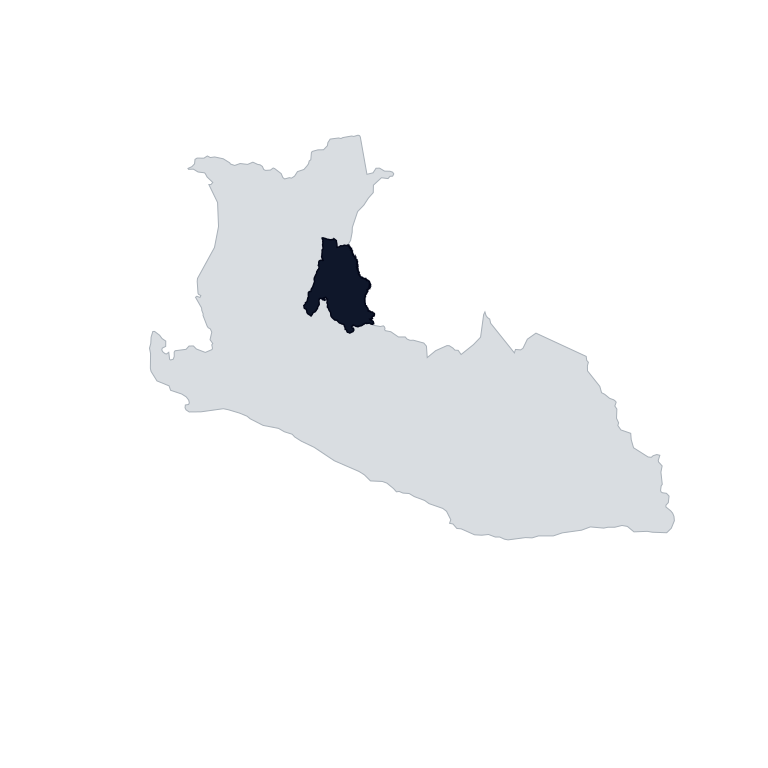 Requena, Loreto, Peru (highlighted), rotated 321°
{"feature_id": "86281439B4409689759703", "entity_name": "Requena", "entity_type": "district", "adm_level": 2, "iso_a3": "PER", "parent_name": "Peru", "parent_adm1": "Loreto", "projection": "natural_earth1", "projection_center": [-73.578, -5.99], "detail": "fine", "context": "in_parent", "style": "filled", "palette": "ink", "viewbox_px": 768, "rotation_deg": 321, "n_neighbors": 0, "source": "geoboundaries", "source_scale": "gbopen_adm2", "svg_char_len": 9643}
<svg xmlns="http://www.w3.org/2000/svg" viewBox="0 0 768 768"><g transform="rotate(321 384 384)"><path d="M524.0,224.8L523.8,226.9L521.5,227.9L519.4,226.4L516.4,226.9L511.8,222.1L500.9,222.8L496.1,228.5L488.9,229.7L480.9,232.3L472.0,233.4L457.9,242.4L454.7,246.1L448.4,251.4L443.2,253.2L440.6,269.6L435.5,279.2L433.5,284.5L436.3,292.4L436.2,296.2L433.4,299.4L431.0,299.7L426.2,303.1L419.1,310.3L417.8,315.9L420.1,323.3L419.3,324.1L413.4,325.5L413.5,329.6L412.3,331.2L417.3,337.0L420.1,338.4L420.3,339.9L419.8,341.4L418.7,342.1L418.6,343.4L422.2,347.7L424.8,356.5L430.1,360.8L430.2,363.6L431.7,366.4L434.4,368.5L440.7,377.2L440.8,381.3L434.2,390.7L445.1,390.6L457.1,393.8L458.8,395.3L460.2,399.5L460.4,402.3L462.8,404.5L462.5,409.6L478.3,409.7L488.5,408.4L505.1,392.8L507.8,391.5L506.4,394.9L506.2,397.4L507.0,400.1L505.1,403.9L504.9,441.9L507.9,439.9L511.7,443.5L514.5,443.7L523.6,439.4L534.1,440.1L558.5,489.8L556.4,493.2L556.5,495.7L553.5,497.9L550.4,501.9L550.2,521.7L547.6,527.7L549.0,530.8L550.3,537.1L552.6,540.9L553.1,543.3L552.9,544.3L549.5,546.4L549.2,550.0L543.1,557.0L541.9,561.8L539.6,563.4L539.2,568.8L544.7,577.6L541.1,582.8L537.8,590.6L543.3,606.9L545.6,609.2L548.0,609.1L551.6,610.5L553.5,613.0L549.0,616.0L548.3,617.4L548.6,622.7L543.7,626.8L537.1,637.1L535.3,637.6L532.0,640.7L531.4,642.2L531.9,643.7L534.7,646.7L535.0,650.5L530.3,655.1L526.9,655.6L525.7,656.9L527.0,663.2L527.0,666.1L526.0,669.4L523.6,673.0L516.5,676.9L510.1,677.5L499.3,668.1L495.9,664.2L485.2,656.2L483.5,647.8L479.9,643.7L473.3,640.6L468.0,636.3L464.1,634.3L454.4,624.9L445.5,621.9L428.9,611.9L420.0,608.6L408.5,599.3L402.3,596.8L397.3,592.4L382.3,583.2L379.9,580.3L377.6,575.7L374.2,573.0L370.5,566.7L364.9,563.1L359.5,558.2L352.8,545.1L349.7,542.1L349.5,536.2L347.3,533.5L350.5,531.5L352.5,522.3L351.4,517.7L343.7,505.3L342.3,500.1L336.7,490.6L334.6,484.9L330.1,480.7L328.2,477.1L325.8,475.6L325.6,471.2L323.9,462.9L321.4,458.7L312.5,450.8L311.6,442.3L309.6,436.4L297.1,412.4L289.9,389.3L283.8,376.5L281.3,369.1L281.0,365.2L276.5,358.4L274.1,352.1L264.0,340.1L258.1,326.8L257.3,322.8L253.3,315.5L246.8,306.0L243.6,302.1L224.2,290.4L215.0,283.1L213.9,279.5L214.4,277.3L216.4,275.3L219.2,276.9L220.8,276.2L222.1,273.6L222.2,269.6L220.5,264.5L214.2,254.6L215.8,250.2L209.5,238.7L210.9,227.6L212.3,224.8L221.7,213.5L224.3,208.6L228.3,205.7L232.4,201.1L237.4,197.7L238.8,198.8L240.3,204.9L240.1,208.9L241.4,213.3L238.0,217.4L234.3,216.6L232.8,217.6L232.3,219.5L232.9,222.6L233.9,223.8L236.7,223.9L232.9,229.9L233.2,231.0L235.8,232.1L238.3,230.6L241.0,227.2L242.6,226.7L252.0,232.5L256.4,231.8L259.8,234.5L260.2,238.7L265.0,247.0L272.0,249.0L273.2,248.3L274.8,245.2L276.4,244.8L276.7,240.1L282.8,235.3L283.7,231.9L282.8,229.6L283.0,227.7L286.5,216.8L287.6,215.7L288.7,212.2L290.1,210.1L292.1,198.0L293.8,198.0L295.4,200.9L297.3,200.1L296.3,197.4L296.6,196.4L303.4,186.7L305.5,184.6L338.2,171.2L354.5,157.5L368.9,138.2L373.4,118.8L375.0,120.1L377.8,119.6L376.8,111.8L377.5,108.1L377.4,106.9L372.9,102.2L371.1,97.1L367.2,94.2L367.3,93.1L371.5,94.2L375.3,93.7L378.5,90.5L380.9,90.8L386.2,95.2L390.2,95.6L391.5,98.7L395.3,101.0L400.8,107.8L403.3,115.0L403.1,116.4L405.5,120.2L410.9,122.1L416.2,127.5L421.7,129.1L424.1,134.0L425.6,135.6L426.4,138.4L425.5,141.6L426.3,143.4L430.4,146.3L433.8,146.4L434.6,147.8L436.5,155.8L435.3,159.9L435.8,162.1L440.3,164.1L441.7,165.8L445.3,166.2L450.4,164.5L456.8,166.9L461.7,166.0L463.9,165.4L466.2,163.6L468.2,163.7L473.2,158.5L474.6,158.1L479.9,160.4L484.4,163.9L490.0,163.2L492.3,161.1L496.3,159.8L503.5,164.2L505.1,166.2L507.1,166.6L514.9,170.9L516.3,172.6L520.4,174.3L521.3,175.7L521.0,177.2L502.7,210.3L508.4,213.0L513.6,211.3L516.4,213.5L518.4,218.9L522.5,222.4L524.0,224.8Z" fill="#d9dde1" stroke="#a8b0b8" stroke-width="1"/><path d="M369.0,281.5L370.0,284.4L370.1,285.2L371.8,284.8L373.9,283.9L375.9,284.5L377.7,284.1L378.4,283.6L379.6,283.6L380.9,282.4L383.6,281.5L384.7,280.0L385.8,278.2L387.5,277.1L387.9,277.1L389.0,277.8L389.3,278.8L390.0,278.9L390.0,279.3L389.5,280.0L390.1,280.5L390.3,281.3L390.6,281.7L391.1,281.7L391.4,281.2L390.7,279.8L390.9,279.0L391.3,279.0L392.2,279.6L393.2,279.8L393.3,280.7L393.0,281.9L393.3,282.4L392.8,282.4L392.5,283.0L392.2,283.9L391.0,284.7L390.6,285.4L390.5,286.5L388.4,288.6L388.5,290.1L387.7,292.2L387.6,294.3L387.2,295.3L385.8,297.4L385.5,298.2L385.5,299.9L386.0,303.3L387.5,304.8L387.7,308.0L387.8,308.6L388.5,309.5L389.0,310.8L389.8,311.7L390.3,312.7L389.5,314.5L389.3,315.7L388.2,317.2L388.8,317.8L388.9,318.4L388.6,319.3L388.2,320.0L388.2,320.8L388.4,321.0L389.2,322.1L389.4,322.8L390.3,323.1L391.9,323.3L392.5,323.7L392.9,323.7L394.5,323.1L395.1,322.0L395.2,321.3L394.5,321.1L394.7,319.3L395.2,318.9L395.9,319.1L397.2,318.7L397.5,319.1L397.5,319.8L398.2,320.3L398.3,321.1L398.6,321.8L399.4,322.2L399.6,322.9L399.9,322.9L400.1,323.2L400.5,323.0L401.0,323.5L402.2,323.5L402.4,324.2L403.3,324.5L404.6,324.7L405.3,324.4L405.9,324.9L407.4,324.9L408.5,325.5L408.5,326.0L411.3,327.7L411.4,328.8L411.9,329.1L412.1,329.9L412.9,330.5L413.7,330.3L414.0,330.5L414.3,329.7L414.6,329.5L414.5,328.8L414.9,328.6L414.9,328.4L414.5,327.1L414.6,326.8L414.1,326.4L413.6,325.2L413.7,324.8L414.2,325.5L414.6,325.0L415.0,325.3L415.1,325.7L415.5,325.5L416.2,325.8L416.4,324.7L417.1,324.6L417.3,324.2L418.2,324.5L418.4,324.2L419.0,324.2L419.2,324.3L419.2,324.7L420.0,324.3L420.8,323.3L420.8,322.8L420.2,322.1L420.4,321.3L420.1,321.0L420.2,320.7L419.7,320.3L419.5,320.1L419.2,320.0L419.3,319.8L419.1,319.6L419.1,318.9L418.8,318.8L418.8,318.3L418.2,318.0L418.4,317.6L418.1,317.5L418.1,317.2L417.9,317.1L418.4,316.7L418.3,316.3L419.0,315.2L419.1,314.8L418.9,314.4L419.1,313.8L418.9,313.6L419.1,313.3L419.0,312.7L419.5,312.2L419.0,311.4L419.4,310.4L420.1,309.7L420.4,308.2L420.8,308.2L421.2,307.4L421.6,307.1L422.0,306.3L422.2,306.2L422.4,305.5L422.8,305.4L422.8,305.2L423.8,304.5L424.5,304.5L425.2,303.2L426.2,302.8L426.6,302.9L427.0,302.6L427.2,302.8L427.9,302.2L428.3,302.3L428.6,301.9L429.2,301.9L429.3,301.7L429.5,301.7L429.4,301.3L429.7,300.8L429.8,301.0L430.3,300.3L430.5,300.5L430.4,300.3L430.5,300.3L430.8,300.3L430.9,300.6L431.3,300.3L431.8,300.5L431.9,300.2L432.4,300.1L432.6,300.3L432.6,300.2L433.1,299.9L433.4,300.3L433.3,300.0L433.7,300.2L433.7,299.7L433.9,299.4L434.3,299.8L434.6,299.4L434.4,299.0L434.7,299.1L434.5,298.8L434.7,298.7L434.7,298.9L435.0,298.8L434.8,298.6L435.2,298.5L434.8,298.3L434.8,298.1L435.2,298.2L435.3,297.9L435.5,298.3L435.6,298.2L435.8,298.2L436.1,297.5L436.1,297.8L436.3,297.7L436.4,297.2L436.1,297.0L436.5,296.6L436.4,296.2L436.7,296.1L436.7,296.3L436.9,295.9L436.7,295.2L436.8,294.8L437.1,294.8L437.1,294.4L436.7,293.8L436.4,293.3L436.3,293.5L436.4,293.3L436.2,293.1L436.4,292.9L436.1,292.8L436.1,292.1L435.9,292.2L436.0,291.7L435.8,291.9L435.7,291.7L435.7,290.9L435.5,290.6L435.6,290.2L435.0,289.6L434.9,289.7L434.3,288.4L434.1,288.6L433.9,288.4L434.2,287.8L433.8,287.6L434.1,287.5L434.0,287.2L433.2,286.1L433.2,284.8L433.5,284.6L433.5,284.2L433.4,283.8L433.7,283.8L433.5,283.4L433.7,283.0L433.7,282.7L433.4,282.7L433.5,282.5L433.7,282.3L434.0,282.2L433.9,282.0L434.2,282.0L434.2,281.6L434.9,281.5L434.8,281.1L434.7,281.0L434.8,280.8L434.9,281.0L435.1,280.4L434.9,279.6L435.0,279.4L435.1,279.0L435.3,279.1L435.4,278.4L435.6,278.4L435.4,278.0L435.8,277.7L435.7,277.5L435.8,277.1L436.3,277.1L436.3,276.9L436.5,277.2L436.6,276.8L436.8,277.0L436.9,276.8L436.9,276.0L437.2,275.7L437.6,275.9L437.6,275.6L437.4,275.6L437.6,275.4L437.9,275.4L437.9,275.2L437.7,275.3L437.8,275.0L438.0,275.1L438.1,274.8L438.2,275.0L438.3,274.7L438.6,274.8L438.7,274.4L438.5,274.1L438.8,274.1L438.7,273.6L439.5,273.0L439.3,272.8L439.9,272.7L440.0,272.6L439.9,272.4L440.2,272.2L439.9,272.0L440.1,271.7L440.3,271.9L440.2,271.6L440.5,271.5L440.4,271.2L440.6,271.0L440.3,270.9L440.4,270.5L440.9,270.3L441.0,270.5L441.2,270.3L440.8,268.9L441.0,268.2L441.4,268.0L441.1,267.9L441.3,267.8L441.1,267.6L441.4,267.3L441.2,267.2L441.7,266.6L441.3,266.7L441.3,266.1L441.1,266.0L441.1,265.2L441.4,264.7L441.2,264.7L441.3,264.2L441.2,264.2L441.5,263.8L441.5,263.6L441.3,263.5L441.9,263.0L441.7,262.7L442.1,262.3L442.0,262.0L442.3,261.6L442.2,261.3L442.6,261.2L442.5,260.9L442.7,260.6L443.1,260.5L442.9,260.2L442.9,259.9L442.7,260.2L443.1,259.7L443.3,259.2L443.1,259.1L443.5,259.0L443.6,258.7L443.4,258.5L443.7,258.6L443.7,258.1L443.9,258.0L443.6,257.7L443.7,257.3L443.8,257.2L443.5,257.3L443.8,256.8L443.6,256.3L443.8,255.9L443.5,255.8L443.6,255.7L443.4,255.3L443.7,255.0L443.5,254.9L443.5,255.1L443.3,255.3L443.4,254.9L443.2,254.9L443.1,254.6L443.7,254.1L443.7,253.9L444.0,253.7L443.3,253.2L442.4,253.1L441.5,252.3L440.4,251.0L439.9,251.1L438.5,250.5L437.3,249.3L435.3,249.2L433.5,248.3L435.5,245.4L436.7,243.2L437.2,242.6L436.5,239.5L435.6,239.9L435.0,239.2L434.0,238.8L432.8,237.9L432.0,236.8L431.1,236.0L430.0,234.0L429.3,233.2L429.0,232.5L428.3,232.0L428.0,231.6L427.4,232.1L427.1,233.9L426.5,234.3L425.9,234.9L425.4,236.0L423.9,237.1L422.2,240.1L421.5,240.7L420.4,240.8L419.8,241.4L418.9,242.8L418.1,243.3L417.6,244.3L417.0,244.5L416.5,245.3L415.9,245.5L415.1,247.0L415.1,247.6L415.3,247.9L414.5,249.1L414.4,249.6L413.9,249.3L413.6,248.6L412.4,247.9L411.2,247.6L410.5,247.9L409.9,248.3L408.8,249.8L407.6,250.4L407.4,252.1L406.8,252.7L406.0,253.1L405.6,253.7L404.4,253.6L403.4,254.2L402.7,254.2L400.8,255.9L399.7,256.2L396.5,257.8L395.4,259.0L394.7,260.6L389.5,263.8L387.4,264.4L386.7,264.9L385.8,265.9L385.0,265.8L384.2,265.2L382.9,265.3L381.7,266.6L379.7,269.3L379.0,269.1L378.6,269.5L376.3,271.3L375.5,271.6L374.1,271.4L373.3,272.4L371.0,272.6L370.7,273.4L369.8,274.7L369.9,275.4L370.6,277.1L369.6,279.3L369.1,280.0L369.0,281.5Z" fill="#0f172a" stroke="#020617" stroke-width="1.5"/></g></svg>